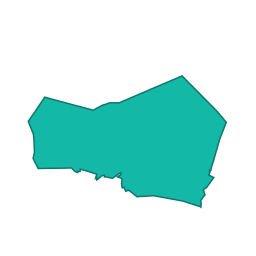 Reusel-De Mierden, Noord-Brabant, Netherlands, rotated 108°
{"feature_id": "6326949B37702767177993", "entity_name": "Reusel-De Mierden", "entity_type": "district", "adm_level": 2, "iso_a3": "NLD", "parent_name": "Netherlands", "parent_adm1": "Noord-Brabant", "projection": "mercator", "projection_center": [5.161, 51.371], "detail": "fine", "context": "isolated", "style": "filled", "palette": "teal", "viewbox_px": 256, "rotation_deg": 108, "n_neighbors": 0, "source": "geoboundaries", "source_scale": "gbopen_adm2", "svg_char_len": 4664}
<svg xmlns="http://www.w3.org/2000/svg" viewBox="0 0 256 256"><g transform="rotate(108 128 128)"><path d="M92.3,36.3L89.2,41.1L87.2,44.3L86.2,45.9L85.6,46.8L85.5,47.0L83.1,51.3L82.0,53.5L78.7,59.8L74.4,68.2L74.3,68.3L74.2,68.5L70.7,75.3L70.6,75.6L70.3,76.1L70.2,76.3L68.5,79.5L66.9,82.7L66.5,83.5L63.5,89.3L61.7,92.7L63.2,94.4L65.0,96.4L65.6,97.0L71.8,104.2L72.2,104.6L73.1,105.7L73.4,106.0L74.3,107.0L74.6,107.4L74.8,107.6L75.7,108.7L76.4,109.4L77.7,110.9L79.9,113.4L81.0,114.7L84.5,118.8L86.2,120.6L90.1,125.1L90.6,125.7L90.7,125.8L91.7,126.9L92.6,128.0L96.4,132.3L98.0,134.2L99.6,136.0L100.7,137.2L102.1,138.8L103.0,139.8L103.5,140.4L104.6,141.7L105.5,142.7L106.1,143.4L106.4,143.7L106.6,143.9L106.8,144.1L106.8,144.3L106.9,144.5L107.0,144.7L107.0,144.8L107.1,145.0L107.3,145.8L107.5,146.3L107.5,146.5L107.6,146.8L107.8,147.2L107.8,147.4L108.3,148.9L108.5,149.5L108.9,150.7L108.9,150.8L109.3,152.0L109.6,152.9L110.2,153.7L110.2,153.8L110.3,153.8L111.2,155.1L111.3,155.2L111.4,155.3L112.3,156.6L112.6,156.9L112.6,157.0L113.0,157.5L113.2,157.8L113.3,157.9L113.3,158.0L114.1,159.1L114.7,159.9L115.3,160.4L116.1,161.2L116.8,161.8L117.4,162.4L117.5,162.5L118.1,163.1L119.7,164.6L120.1,165.0L120.3,165.1L121.8,166.5L121.9,167.9L121.9,168.0L122.0,170.2L122.0,171.1L122.1,171.8L122.1,172.0L122.3,175.8L122.4,177.1L122.4,178.1L122.5,179.9L122.6,181.0L122.6,182.0L122.8,184.2L123.1,190.0L123.2,192.6L123.4,195.7L123.4,196.6L123.6,200.0L123.7,202.5L123.8,203.3L124.1,209.7L124.1,209.8L124.1,210.0L124.2,213.0L124.4,216.7L125.5,217.0L126.4,217.2L127.2,217.5L130.1,218.3L134.4,219.6L138.5,220.7L145.5,222.8L147.1,223.3L149.8,224.1L150.7,224.3L152.5,224.9L157.7,220.6L160.9,217.9L162.9,216.2L165.1,215.2L165.4,215.1L166.9,214.4L167.2,214.3L167.6,214.1L170.8,212.9L180.2,209.4L183.2,209.2L186.2,208.9L189.9,205.3L190.6,204.6L194.3,200.9L194.1,200.4L192.9,196.8L192.8,196.6L191.8,193.7L191.3,192.3L190.9,190.9L190.4,189.6L190.0,188.3L184.9,173.5L184.1,171.3L184.1,171.2L183.5,169.5L183.5,169.4L185.7,165.1L185.9,162.1L185.7,162.1L184.9,162.3L184.1,160.1L183.6,160.3L182.0,160.7L181.8,156.5L181.7,155.6L181.7,153.8L181.6,152.7L181.6,152.0L181.6,151.3L181.6,149.2L181.6,148.7L181.6,148.3L181.6,145.9L181.6,143.8L181.6,143.3L184.0,143.4L185.9,143.3L186.0,143.3L185.4,142.7L185.0,142.3L186.0,142.0L187.0,141.7L186.2,140.9L185.8,140.7L185.5,140.5L184.8,140.1L182.6,138.8L181.8,138.3L181.5,138.1L181.4,137.9L181.1,137.5L180.3,136.0L181.8,135.2L181.7,135.1L181.5,134.9L181.4,134.8L181.3,134.7L181.3,133.8L181.2,133.1L181.1,131.8L181.1,131.7L181.0,130.2L180.9,129.8L180.9,129.5L180.8,128.9L180.5,127.3L180.4,127.2L180.2,126.9L178.2,125.4L177.3,124.8L176.8,124.4L175.1,123.2L174.9,123.1L174.2,122.6L174.0,122.3L173.9,122.3L173.4,121.5L172.9,120.8L173.0,120.8L174.3,120.6L174.7,120.7L174.9,120.7L175.1,120.8L175.3,120.8L175.6,121.0L175.8,121.4L176.1,121.6L177.2,122.5L177.7,122.9L177.8,121.5L177.9,121.3L177.8,120.7L177.8,120.2L177.8,119.9L177.8,119.7L177.8,119.4L177.9,119.2L178.1,118.7L178.0,118.1L178.2,117.9L179.9,117.5L180.5,117.4L182.2,117.0L182.6,116.9L182.7,117.0L183.3,116.7L183.6,116.5L184.5,115.9L184.9,116.0L186.6,115.0L185.6,113.7L186.5,112.8L187.1,112.2L188.9,110.5L187.6,109.2L187.2,108.8L187.3,108.7L187.3,108.3L187.3,108.1L187.1,107.8L187.0,107.7L187.3,107.0L187.4,106.8L187.5,106.6L187.6,106.3L188.1,104.7L189.5,101.0L189.6,100.9L190.5,98.3L190.6,98.1L189.8,96.3L188.6,93.3L188.6,93.2L188.1,91.9L187.8,91.1L187.7,90.8L186.4,87.7L186.3,87.4L185.0,84.0L184.7,83.3L184.4,82.5L184.4,82.4L184.3,81.9L184.2,81.0L184.0,79.4L183.8,77.8L183.7,77.0L183.6,76.3L183.4,75.2L183.4,74.9L182.8,70.4L182.3,66.7L182.3,66.3L181.8,62.6L181.7,62.3L181.4,60.2L181.4,59.6L181.2,58.1L180.8,55.6L180.8,55.3L180.8,55.1L180.6,53.7L180.5,53.3L180.5,52.6L180.5,52.4L180.5,51.1L180.5,50.8L180.5,48.3L180.5,47.6L180.5,36.4L180.5,35.0L180.5,34.8L180.7,34.2L180.4,34.3L179.9,34.4L179.2,34.6L177.5,35.0L177.2,35.1L176.9,35.2L176.4,35.4L175.7,35.9L174.9,36.4L174.7,36.5L173.8,36.2L172.9,35.9L171.4,35.5L171.1,35.4L170.7,35.3L169.2,34.7L167.9,34.1L167.7,34.4L167.5,34.6L166.9,34.9L166.4,35.0L165.5,35.7L163.3,37.4L161.5,35.8L160.6,35.0L159.1,34.5L156.8,33.8L155.1,33.2L149.8,31.5L148.6,31.1L147.9,36.0L147.9,36.4L147.7,36.4L144.8,36.5L144.8,36.3L144.8,36.2L144.8,36.3L144.7,36.4L144.4,36.4L144.3,36.5L144.2,36.6L144.2,36.8L144.0,36.7L143.7,36.5L143.4,36.5L143.5,36.8L143.5,37.0L143.4,37.1L143.2,37.2L143.1,37.3L143.1,37.2L142.5,36.2L142.4,36.1L140.9,36.3L139.0,36.5L138.4,36.6L133.1,36.5L131.9,36.5L131.7,36.5L131.3,36.6L122.9,36.9L119.8,37.0L117.3,37.1L112.9,37.2L111.0,37.3L109.7,37.3L106.5,37.1L106.4,37.1L105.5,37.1L103.1,36.9L92.3,36.3Z" fill="#14b8a6" stroke="#0f766e" stroke-width="1.5"/></g></svg>